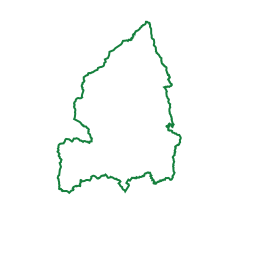 the district of Tha Pla, Uttaradit, Thailand, rotated 313°
{"feature_id": "78962969B89891348758584", "entity_name": "Tha Pla", "entity_type": "district", "adm_level": 2, "iso_a3": "THA", "parent_name": "Thailand", "parent_adm1": "Uttaradit", "projection": "albers", "projection_center": [100.444, 17.83], "detail": "fine", "context": "isolated", "style": "outline", "palette": "green", "viewbox_px": 256, "rotation_deg": 313, "n_neighbors": 0, "source": "geoboundaries", "source_scale": "gbopen_adm2", "svg_char_len": 5831}
<svg xmlns="http://www.w3.org/2000/svg" viewBox="0 0 256 256"><g transform="rotate(313 128 128)"><path d="M36.5,119.1L36.6,119.6L37.2,119.8L37.7,120.5L37.4,121.1L37.7,122.0L37.0,122.5L37.2,123.2L38.0,123.7L38.2,124.2L40.1,126.1L40.5,127.7L40.5,129.2L43.6,129.3L45.2,130.3L46.0,130.0L46.2,128.7L47.7,128.4L50.3,129.5L50.3,130.2L51.8,131.0L52.9,132.6L53.8,132.0L54.2,131.0L56.0,130.6L56.1,130.0L56.8,129.7L57.4,128.9L57.7,128.9L58.0,129.5L57.5,130.4L58.1,131.2L59.6,132.3L61.6,133.0L62.7,134.2L63.5,135.9L66.4,135.4L67.2,134.4L69.0,134.9L69.7,135.5L70.3,137.3L70.2,140.0L71.1,140.4L71.0,140.8L71.9,141.2L74.9,141.2L75.4,141.8L76.1,142.0L76.6,142.9L77.2,142.8L77.7,143.4L78.6,143.3L78.6,144.9L77.9,146.9L78.0,147.5L79.6,148.6L80.5,148.6L80.7,149.5L81.3,150.3L81.7,152.9L82.3,153.5L82.4,154.1L83.0,154.3L82.8,155.5L83.7,156.9L83.9,158.1L83.7,159.0L81.1,158.9L81.1,160.4L80.5,161.7L80.5,162.9L80.8,164.0L80.1,164.7L79.8,165.7L79.7,166.5L80.2,168.0L79.7,169.2L86.6,167.9L87.3,166.7L86.9,165.9L86.7,164.3L90.5,163.5L90.8,165.3L94.3,164.9L94.5,165.4L95.1,165.7L95.7,166.9L96.1,166.9L96.4,167.3L96.6,168.2L97.2,168.4L97.9,167.9L98.1,168.6L99.2,169.9L100.2,169.7L100.6,170.5L101.6,171.3L102.8,171.3L103.1,172.0L103.5,172.4L104.3,172.4L104.6,171.9L105.6,171.6L106.7,171.6L107.5,172.4L108.6,172.5L109.3,173.1L109.3,173.8L110.3,174.5L110.2,175.0L109.7,175.6L109.4,176.5L108.4,177.0L108.7,177.4L108.2,177.4L108.3,177.7L107.8,178.3L107.9,179.1L107.5,179.2L107.8,179.5L107.2,180.6L107.3,180.9L106.7,181.2L107.3,181.5L107.3,182.5L106.7,182.8L106.5,183.9L105.4,184.1L105.2,184.4L105.4,184.5L105.0,184.6L105.0,185.2L104.7,185.3L105.4,185.3L105.6,185.7L106.2,185.9L106.2,186.3L106.6,186.5L107.3,186.2L109.0,186.5L109.4,187.1L109.8,186.9L111.0,187.8L111.7,187.4L112.1,188.5L113.2,188.5L113.7,189.2L114.3,189.1L115.4,190.3L115.9,189.9L117.3,189.8L117.8,190.6L119.0,191.5L119.3,192.8L118.9,193.9L119.0,194.3L119.5,194.8L120.3,195.0L122.7,194.3L122.9,193.6L123.4,193.3L125.2,193.2L127.1,192.5L127.3,191.1L129.3,188.8L130.0,188.5L130.4,187.4L131.0,186.9L131.8,186.8L132.2,185.9L134.9,184.7L135.4,183.5L136.4,182.5L137.2,180.6L139.7,180.3L140.1,180.5L140.8,179.6L141.7,179.4L142.0,178.7L142.9,178.8L143.4,177.5L145.6,176.7L145.7,176.1L146.4,176.0L146.7,175.2L149.6,175.8L149.8,176.4L150.8,176.6L151.9,175.9L153.0,175.9L154.7,174.0L156.1,173.8L157.0,173.0L157.9,170.2L156.9,169.2L156.5,168.0L156.8,167.1L155.9,166.2L156.0,165.2L155.0,163.6L155.3,162.8L155.9,162.3L155.5,161.1L154.3,160.1L154.4,159.5L153.9,159.0L154.1,158.6L155.5,157.7L155.4,155.1L155.8,154.9L156.2,155.2L156.7,155.9L156.6,156.6L157.0,157.0L157.8,156.7L158.1,155.4L159.0,155.2L159.5,155.3L159.5,156.4L160.2,157.4L158.9,158.8L159.1,159.8L160.4,159.2L161.7,159.0L162.0,157.3L163.9,154.1L164.5,154.0L165.3,152.6L165.7,152.4L165.8,151.6L166.8,150.1L166.8,149.5L167.3,148.3L168.1,147.8L168.3,147.1L169.6,145.8L170.7,145.0L171.8,144.9L173.0,143.3L174.2,142.6L174.1,140.8L174.9,139.3L175.9,139.0L176.8,138.3L176.8,136.8L177.5,135.5L177.6,134.7L180.0,131.9L181.1,131.6L181.1,131.1L181.6,130.6L182.5,127.8L182.5,126.7L184.1,127.5L184.5,128.5L185.4,128.6L186.2,130.1L186.7,130.0L188.1,130.8L189.4,130.7L189.9,129.8L189.5,129.1L189.9,127.9L189.8,127.4L190.3,126.9L190.4,125.9L191.2,124.8L190.9,124.3L191.9,124.0L193.4,124.2L194.0,123.3L193.8,122.9L194.7,121.7L194.0,121.0L195.1,119.4L195.0,118.8L195.6,118.2L196.4,116.5L198.2,115.3L198.6,114.5L198.2,113.3L198.4,112.6L198.1,112.2L198.5,111.0L198.2,110.4L198.5,109.9L198.3,108.9L199.1,107.6L199.8,107.0L199.8,106.5L201.9,104.8L201.7,103.3L202.6,100.4L202.4,99.4L202.7,98.4L202.4,97.8L202.9,97.3L203.0,96.2L204.0,95.5L204.7,94.4L205.6,93.8L206.2,92.2L206.0,91.4L206.2,90.3L208.2,89.1L210.0,87.0L210.3,86.5L209.9,84.9L210.2,83.7L211.8,82.3L212.9,80.5L216.3,77.3L217.1,75.0L218.6,73.7L218.7,72.6L219.4,72.4L219.5,71.9L218.7,70.6L218.7,69.6L217.9,68.7L216.6,69.6L215.6,69.8L214.2,69.3L213.7,68.8L212.8,69.0L211.8,68.5L210.8,69.0L209.6,68.6L208.3,69.0L205.6,68.6L204.9,68.0L203.9,67.7L203.6,68.0L202.2,68.1L201.7,68.5L201.2,68.4L200.9,68.8L200.4,68.0L199.3,68.2L199.1,68.9L198.4,69.6L196.5,69.3L196.4,69.9L195.2,69.5L194.9,70.3L194.5,70.2L194.5,69.6L193.7,69.6L193.1,68.4L191.6,68.6L191.4,67.4L190.3,66.7L188.3,64.9L185.7,65.8L184.3,65.9L177.7,64.3L175.1,64.4L171.1,62.5L168.4,64.5L165.6,65.6L162.4,64.3L161.2,66.6L159.3,66.3L157.8,67.5L156.6,67.8L154.6,67.0L153.7,66.2L151.4,65.1L149.7,66.0L147.8,64.9L144.6,64.2L144.3,63.7L142.6,63.3L142.4,62.7L141.1,61.6L140.4,61.8L139.9,62.5L138.9,62.3L138.3,61.7L134.9,61.0L133.0,62.9L132.9,63.8L132.5,64.1L131.9,64.3L130.0,64.0L129.4,64.4L129.3,64.8L127.8,65.0L126.9,65.8L126.9,66.2L126.5,66.6L126.5,67.3L125.7,67.7L125.2,68.6L125.4,69.3L125.0,69.9L121.2,71.6L119.6,72.7L119.2,73.6L117.8,73.3L116.8,72.5L115.9,71.0L114.3,70.4L113.0,70.6L112.1,71.3L110.1,71.3L109.8,71.7L109.2,71.8L108.6,73.1L108.1,73.1L107.7,73.8L106.7,74.0L106.1,75.2L105.9,76.4L105.1,77.4L103.2,78.6L103.0,79.2L101.8,80.2L99.4,81.9L97.8,82.5L99.5,88.6L99.4,90.8L99.0,91.6L99.4,93.2L99.0,93.2L99.0,94.4L100.5,96.5L100.1,97.7L100.4,99.5L100.1,100.5L98.8,101.0L98.6,101.6L98.2,101.6L97.1,102.6L97.4,104.5L95.6,107.2L95.8,108.1L95.4,108.4L95.4,109.0L94.8,109.1L93.4,110.5L92.1,109.4L90.8,109.9L90.3,108.7L90.6,108.0L89.5,106.8L89.1,105.5L88.4,104.7L87.2,104.6L87.3,103.7L86.8,103.0L86.9,102.4L86.0,101.3L86.3,100.1L86.1,98.9L85.4,97.3L84.3,96.8L83.3,95.6L80.6,96.4L79.9,96.3L79.6,92.7L77.8,90.2L76.8,90.1L74.7,91.1L73.8,91.0L72.9,91.4L70.2,89.1L68.4,88.9L67.0,89.7L66.4,90.5L65.1,90.8L64.7,92.0L64.1,92.6L63.1,92.4L62.6,92.6L62.5,95.3L62.3,95.6L60.8,95.9L60.2,96.6L60.4,97.6L59.4,98.8L59.6,100.3L59.4,101.1L58.0,101.5L57.3,102.2L55.8,101.9L53.9,105.5L51.1,106.5L46.5,109.9L45.6,109.6L43.6,110.6L43.3,111.1L43.3,112.1L42.4,113.0L41.4,114.6L40.1,115.7L39.3,117.1L38.4,117.4L37.8,118.2L36.5,119.1Z" fill="none" stroke="#15803d" stroke-width="2"/></g></svg>